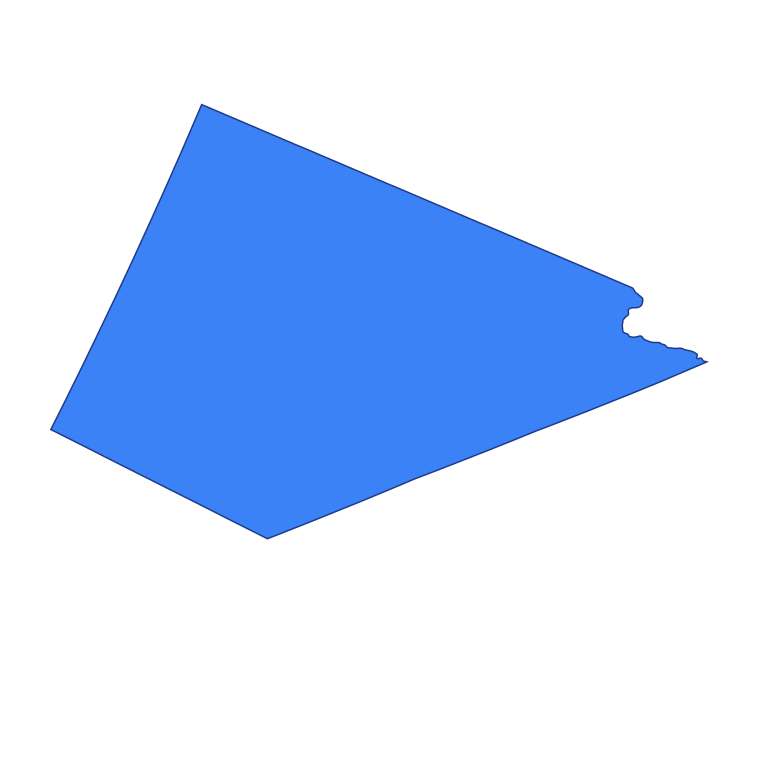 outline of Nevada, rotated 294°
{"feature_id": "USA-3523", "entity_name": "Nevada", "entity_type": "State", "adm_level": 1, "iso_a3": "USA", "parent_name": "United States of America", "parent_adm1": "", "projection": "albers", "projection_center": [-115.554, 38.502], "detail": "fine", "context": "isolated", "style": "filled", "palette": "blue", "viewbox_px": 768, "rotation_deg": 294, "n_neighbors": 0, "source": "natural_earth", "source_scale": "10m", "svg_char_len": 2807}
<svg xmlns="http://www.w3.org/2000/svg" viewBox="0 0 768 768"><g transform="rotate(294 384 384)"><path d="M565.1,103.8L565.3,116.4L565.5,129.0L565.7,141.6L565.9,154.2L566.1,166.9L566.3,179.5L566.5,192.1L566.7,204.7L567.0,217.3L567.2,230.0L567.4,242.6L567.6,255.2L567.8,267.8L568.0,280.5L568.2,293.1L568.4,305.7L568.7,318.3L568.9,331.0L569.1,343.6L569.3,356.2L569.5,368.9L569.7,381.5L569.9,394.1L570.1,406.7L570.4,419.4L570.6,432.0L570.8,444.6L571.0,457.3L571.2,469.9L571.4,482.5L571.6,495.1L571.8,507.8L571.8,508.4L571.9,510.3L571.9,513.3L572.0,517.1L572.0,521.7L572.1,526.7L572.2,532.1L572.3,537.7L572.4,543.3L572.4,548.7L572.5,553.8L572.6,558.3L572.6,562.1L572.7,565.1L572.7,567.0L572.7,567.7L572.8,571.1L572.7,571.9L572.6,572.7L571.3,574.5L570.1,576.2L569.4,578.7L568.6,581.7L567.6,585.2L565.4,586.6L562.2,587.2L560.5,587.1L559.0,586.5L557.7,585.4L556.9,584.4L556.3,583.4L554.8,580.2L554.3,579.4L553.6,578.6L552.9,577.9L552.3,577.5L551.7,577.3L551.3,577.2L550.9,577.3L550.4,577.3L550.0,577.5L549.7,577.6L548.0,578.7L547.6,578.8L547.2,578.9L546.7,578.9L546.2,578.9L545.3,578.6L544.7,578.1L544.1,577.7L543.7,577.5L543.5,577.4L540.0,576.4L539.4,576.3L538.8,576.5L537.8,576.9L534.0,578.0L531.9,579.3L529.8,580.4L529.5,580.6L529.2,580.9L528.8,581.6L528.6,581.9L528.5,582.6L528.5,583.5L528.7,585.4L528.7,586.3L528.4,587.2L527.3,588.3L527.5,590.6L528.1,592.7L529.1,594.6L531.7,597.9L532.1,598.7L532.3,599.6L532.1,600.5L530.9,602.6L530.6,603.8L530.6,608.2L530.8,610.4L531.1,612.1L533.5,617.9L533.9,619.2L533.4,621.0L533.9,624.5L532.5,628.4L533.7,631.6L534.9,635.5L537.0,639.7L537.7,641.6L537.6,643.8L537.8,645.9L538.7,649.7L539.1,652.9L539.1,654.7L538.5,657.9L538.2,658.1L537.4,658.5L536.5,658.7L535.6,658.8L534.9,659.1L534.7,660.2L535.0,660.9L536.3,662.3L536.6,663.5L536.3,664.2L534.8,666.3L535.4,668.9L535.5,669.9L523.1,658.4L510.8,647.0L497.9,635.0L486.0,623.6L475.4,613.5L464.9,603.2L454.4,593.0L443.9,582.8L433.5,572.5L423.1,562.2L412.8,552.0L402.5,541.6L390.7,530.3L379.0,519.0L367.4,507.7L355.8,496.3L344.2,484.9L332.7,473.5L321.2,462.1L309.8,450.6L295.2,437.0L280.7,423.3L266.3,409.6L252.0,395.8L237.7,382.0L223.5,368.2L209.3,354.3L195.2,340.4L195.3,339.3L195.5,334.8L196.2,320.0L196.9,305.2L197.6,290.4L198.4,275.6L199.1,260.8L199.8,246.0L200.5,231.2L201.2,216.4L201.9,201.6L202.6,186.8L203.3,172.0L204.0,157.3L204.8,142.5L205.5,127.7L206.2,112.9L206.9,98.1L218.1,98.7L229.3,99.2L240.5,99.7L251.7,100.1L262.9,100.6L274.2,101.0L285.4,101.4L296.6,101.7L307.8,102.1L319.0,102.4L330.2,102.7L341.4,103.0L352.6,103.3L363.8,103.5L375.0,103.7L386.2,103.9L397.4,104.1L408.6,104.2L419.8,104.3L430.9,104.4L442.1,104.5L453.3,104.5L464.5,104.6L475.6,104.6L486.8,104.6L498.0,104.5L509.2,104.5L520.4,104.4L531.5,104.3L542.7,104.1L553.9,104.0L565.1,103.8Z" fill="#3b82f6" stroke="#1e3a8a" stroke-width="1.5"/></g></svg>